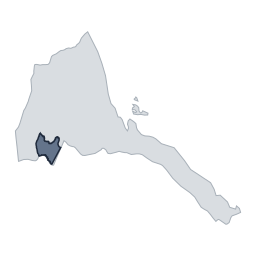 Lalay Gash, Gash Barka, Eritrea shown in context
{"feature_id": "51966322B3150290200372", "entity_name": "Lalay Gash", "entity_type": "district", "adm_level": 2, "iso_a3": "ERI", "parent_name": "Eritrea", "parent_adm1": "Gash Barka", "projection": "albers", "projection_center": [37.404, 14.623], "detail": "fine", "context": "in_parent", "style": "filled", "palette": "slate", "viewbox_px": 256, "rotation_deg": 0, "n_neighbors": 0, "source": "geoboundaries", "source_scale": "gbopen_adm2", "svg_char_len": 5802}
<svg xmlns="http://www.w3.org/2000/svg" viewBox="0 0 256 256"><path d="M18.5,161.3L17.5,151.3L16.8,144.7L16.0,137.7L15.4,131.0L18.5,127.0L20.0,123.1L23.8,110.5L25.4,108.0L28.3,101.3L28.8,99.3L31.7,90.8L31.4,85.2L30.9,79.5L32.5,76.1L33.9,73.4L33.8,71.2L34.4,65.8L34.9,64.5L36.6,64.4L40.2,65.1L42.8,64.6L45.9,64.6L48.2,64.4L49.6,62.8L51.5,56.6L52.7,55.4L53.6,55.0L56.3,53.8L58.6,52.0L60.5,50.7L61.1,50.5L63.1,50.3L65.1,49.5L66.0,48.7L68.5,48.0L70.9,48.3L72.5,47.6L73.6,47.1L74.9,47.0L76.0,46.3L76.4,45.2L77.2,44.5L79.1,42.9L79.9,41.7L80.3,40.6L80.7,39.6L81.5,38.0L84.8,34.1L87.7,31.8L97.7,51.6L101.9,63.4L105.5,75.7L108.3,94.2L111.0,103.6L115.1,108.2L118.0,116.9L120.4,117.3L122.2,119.7L125.2,127.9L127.4,130.9L128.5,128.3L128.4,126.8L127.5,124.2L128.2,120.9L129.9,119.0L133.7,121.6L135.9,123.6L136.5,127.6L137.4,129.9L141.4,134.6L144.8,135.9L149.2,136.2L152.9,137.2L155.9,138.9L161.4,143.7L174.1,147.7L184.5,160.6L190.6,169.5L210.6,182.7L214.1,189.2L216.1,195.6L220.2,195.2L227.5,202.0L229.7,207.3L235.6,209.1L236.5,205.9L239.4,208.4L240.6,212.4L236.9,214.1L232.8,215.6L232.3,215.6L230.9,217.5L229.1,222.6L227.0,224.1L225.8,224.2L219.3,219.7L218.3,219.4L216.9,220.4L215.9,221.4L212.9,217.8L210.6,214.7L207.5,211.0L204.5,209.4L201.2,207.3L198.0,202.4L194.7,197.0L189.9,192.6L181.0,186.3L172.8,178.3L166.5,169.9L162.5,165.5L160.7,164.4L152.5,161.7L146.7,157.9L142.3,154.7L139.5,153.9L136.9,153.8L131.3,154.5L126.7,152.6L124.7,152.6L121.6,152.0L119.1,151.3L116.3,152.2L110.4,153.7L108.0,153.4L106.7,151.4L105.9,149.9L103.8,148.3L102.1,148.3L101.2,149.7L95.1,153.4L84.8,155.5L82.4,155.3L80.5,153.9L75.3,147.7L73.8,146.7L72.6,146.6L70.2,145.9L68.0,144.7L66.0,142.2L64.0,140.7L61.9,145.7L58.1,154.4L56.1,159.1L53.6,165.1L52.7,165.2L51.4,164.8L46.3,157.3L43.1,154.5L40.6,154.8L38.9,156.2L37.8,158.7L36.6,160.2L35.3,160.8L32.4,160.5L28.1,159.3L23.7,159.5L19.1,161.2L18.5,161.3ZM139.0,111.0L140.4,112.9L141.4,112.7L142.1,112.1L142.7,110.8L148.0,113.2L147.7,115.0L144.5,115.1L140.9,114.4L137.6,114.7L133.6,114.0L132.6,111.1L135.2,112.5L136.5,112.1L136.7,111.8L134.9,109.8L132.3,109.5L132.5,107.9L133.6,107.3L134.3,106.5L132.8,104.4L135.7,104.9L137.5,106.1L138.7,107.6L139.0,111.0ZM136.7,97.7L137.9,101.1L134.6,99.8L134.1,99.1L135.5,97.8L135.8,97.0L136.7,97.7Z" fill="#d9dde1" stroke="#a8b0b8" stroke-width="1"/><path d="M40.1,133.4L40.0,133.5L39.8,133.6L39.7,133.8L39.7,134.0L39.5,134.3L39.4,134.5L39.2,135.1L39.1,135.3L39.1,135.5L38.9,136.2L38.9,136.3L39.0,136.5L38.8,136.7L38.7,136.7L38.5,137.0L38.3,137.7L38.3,137.9L38.2,138.1L37.9,139.0L37.8,139.4L37.6,139.7L36.8,141.0L36.0,143.6L36.2,145.4L36.5,146.7L36.4,147.1L36.7,148.5L36.8,148.8L37.0,149.2L37.1,149.9L37.1,150.1L37.2,150.3L37.2,150.7L37.2,151.0L37.4,151.5L37.4,152.0L37.5,152.5L37.7,153.0L37.8,153.4L38.0,153.7L38.3,154.0L38.6,154.4L38.7,154.8L38.7,155.2L38.8,155.7L38.9,155.9L39.0,156.0L39.3,156.1L39.7,155.7L40.0,155.6L40.2,155.8L40.3,155.8L40.7,155.7L40.9,155.6L41.1,155.5L41.2,155.4L41.3,155.4L41.4,155.1L41.5,155.0L41.7,154.9L41.8,154.8L42.0,154.8L42.5,155.2L42.9,155.2L43.0,155.2L43.4,155.0L43.5,155.0L43.6,154.9L43.8,154.9L43.9,155.0L44.0,154.9L44.7,154.8L44.8,154.8L45.0,154.8L44.9,155.0L45.0,155.2L45.0,155.3L45.4,155.4L45.6,155.4L45.6,155.5L45.7,155.8L45.8,155.9L46.1,155.8L46.1,156.1L46.1,156.3L46.4,156.4L46.6,156.6L46.6,156.8L46.9,156.9L46.9,157.0L46.9,157.3L47.0,157.3L47.2,157.5L47.3,157.6L47.5,157.5L47.5,157.8L47.2,157.9L47.2,158.0L47.2,158.3L47.4,158.4L47.6,158.4L47.8,158.5L48.0,158.6L47.9,158.7L47.8,158.9L47.8,159.1L48.0,159.3L47.8,159.5L47.7,159.6L47.6,159.8L47.7,160.0L48.0,160.2L48.3,160.2L48.5,160.5L48.8,160.7L49.0,160.8L49.2,161.1L49.4,161.1L49.4,161.4L49.4,161.5L49.5,161.5L49.8,161.4L50.1,161.4L50.2,161.5L50.2,162.0L50.2,162.3L50.1,162.6L50.1,162.8L50.4,162.8L50.5,162.9L50.5,163.1L50.7,163.3L50.8,163.3L51.1,163.5L51.1,163.9L51.3,163.9L51.4,164.0L51.6,163.8L51.8,163.8L52.0,163.9L60.7,147.5L59.5,147.0L59.2,146.8L59.0,146.6L58.9,146.5L58.7,146.2L58.5,145.8L58.5,145.6L58.4,145.4L58.4,145.2L58.2,144.9L58.1,144.7L57.9,144.1L57.9,143.9L58.2,142.8L58.2,142.6L58.5,142.0L58.6,141.7L58.8,141.1L58.9,140.9L59.0,140.6L59.1,140.0L59.1,139.4L59.1,139.0L59.0,138.8L59.0,138.5L59.1,138.4L59.1,138.1L58.8,138.0L58.7,137.9L58.7,138.0L58.3,138.0L58.2,138.0L58.0,137.8L57.8,137.6L57.7,137.6L57.4,137.5L57.4,137.4L57.6,137.3L57.8,137.4L57.8,137.0L57.8,136.9L57.6,136.8L57.3,136.9L57.3,137.0L57.1,137.0L56.9,136.9L56.7,137.1L56.3,137.3L56.2,137.6L55.8,137.6L55.7,137.7L55.8,137.8L55.7,138.0L55.5,138.3L55.5,138.6L55.3,138.9L55.2,139.0L55.3,139.1L55.4,139.3L55.3,139.5L55.1,139.7L55.0,139.9L54.7,140.0L54.5,140.3L54.5,140.5L54.4,140.6L54.2,140.8L54.0,141.1L54.0,141.3L53.9,141.4L53.9,141.5L53.7,141.5L53.5,141.8L53.4,141.8L53.2,142.0L52.9,142.2L52.5,142.2L52.4,142.4L52.1,142.6L52.1,142.8L51.9,142.9L51.9,143.0L51.2,143.4L51.1,143.5L50.7,143.3L50.4,143.2L50.0,143.3L49.9,143.5L49.8,143.4L49.7,143.4L49.3,143.4L49.2,143.4L49.3,143.2L49.2,143.2L49.2,142.9L49.0,142.7L48.9,142.4L48.7,142.3L48.6,142.1L48.8,142.0L48.8,141.8L48.7,141.7L48.4,141.7L48.2,141.7L48.1,141.4L47.8,141.5L47.7,141.4L47.5,141.5L47.4,141.6L47.2,141.5L47.0,141.4L46.8,141.4L46.7,141.4L46.4,141.5L46.2,141.6L46.0,141.4L45.9,141.3L45.9,141.2L45.6,141.1L45.3,141.0L45.1,141.0L44.9,141.1L44.7,141.1L44.6,140.8L44.3,140.5L44.3,140.4L44.3,140.2L44.3,139.9L44.4,139.5L44.4,139.3L44.4,139.2L44.2,138.8L44.2,138.6L44.3,138.6L44.5,138.4L44.5,138.2L44.4,138.1L44.4,137.9L44.3,137.7L44.2,137.5L44.1,137.4L44.3,137.2L44.2,137.0L44.2,136.9L44.2,136.7L44.1,136.4L44.0,136.2L43.9,136.1L43.7,136.0L43.3,136.1L43.2,136.2L43.0,136.3L42.9,136.4L42.7,136.1L42.4,136.0L42.3,135.9L42.3,135.7L42.3,135.4L42.1,135.3L42.0,135.1L41.7,134.9L41.4,134.9L41.3,134.4L41.1,134.4L41.0,134.2L40.9,134.3L40.2,134.0L40.1,133.8L40.1,133.5L40.1,133.4Z" fill="#64748b" stroke="#1e293b" stroke-width="1.5"/></svg>